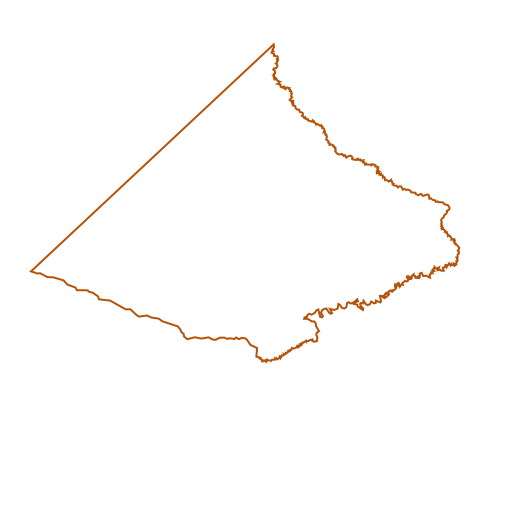 Puerto Gaitán, Meta, Colombia (Albers equal-area conic projection), rotated 227°
{"feature_id": "7082276B98813411003149", "entity_name": "Puerto Gaitán", "entity_type": "district", "adm_level": 2, "iso_a3": "COL", "parent_name": "Colombia", "parent_adm1": "Meta", "projection": "albers", "projection_center": [-71.987, 4.086], "detail": "fine", "context": "isolated", "style": "outline", "palette": "amber", "viewbox_px": 512, "rotation_deg": 227, "n_neighbors": 0, "source": "geoboundaries", "source_scale": "gbopen_adm2", "svg_char_len": 6159}
<svg xmlns="http://www.w3.org/2000/svg" viewBox="0 0 512 512"><g transform="rotate(227 256 256)"><path d="M137.2,327.0L139.7,328.7L138.9,331.2L137.6,330.8L136.8,331.5L137.6,332.9L136.7,334.0L137.0,336.9L138.1,337.5L138.8,336.7L140.4,338.5L137.9,339.4L139.4,340.8L139.1,342.0L135.4,340.3L136.0,343.1L134.8,343.8L136.3,344.6L136.3,347.9L134.7,348.6L134.2,349.9L134.8,351.4L137.2,351.6L138.1,352.8L137.1,353.8L134.2,352.9L133.4,353.9L133.5,354.8L135.1,355.3L135.1,358.7L134.2,357.8L132.7,358.8L131.4,357.7L128.6,360.2L128.9,361.2L130.5,360.3L130.0,362.5L131.4,363.9L130.7,365.7L127.3,364.6L125.7,366.9L121.5,368.5L124.0,370.3L123.6,371.7L124.5,372.9L123.0,373.6L125.1,375.0L123.6,376.1L125.6,376.7L125.4,377.9L126.3,379.1L123.8,379.1L122.9,382.0L121.7,379.3L120.3,381.3L118.9,381.5L117.2,383.2L119.9,384.6L119.1,386.7L120.2,388.4L119.4,389.1L117.9,388.0L118.9,392.2L116.3,391.8L116.8,393.7L115.7,393.3L113.4,394.5L113.3,395.3L114.5,394.6L115.4,395.6L113.3,396.1L113.3,397.0L114.2,397.3L114.7,399.1L115.6,399.0L115.5,400.7L118.1,401.6L117.4,402.3L119.6,404.6L119.4,405.9L120.4,407.1L122.4,407.3L122.4,408.8L123.6,410.3L127.7,410.4L128.3,409.8L128.9,410.5L130.1,409.9L130.6,410.6L132.4,410.8L132.9,411.6L132.1,412.1L133.2,412.5L134.7,410.2L134.9,410.9L137.8,411.5L139.5,410.8L139.6,410.0L140.3,410.5L139.9,411.2L142.5,410.8L143.1,411.9L144.8,410.6L145.2,411.5L148.4,411.4L148.9,410.1L149.7,410.5L149.5,411.9L151.5,411.7L151.4,412.9L153.2,413.3L153.5,414.6L155.6,415.5L156.6,417.2L156.3,419.3L157.5,421.8L157.1,423.6L157.8,425.7L158.9,426.4L158.2,428.6L158.9,430.2L160.1,430.7L162.2,431.0L165.4,429.1L167.7,429.3L170.9,426.2L172.0,426.1L173.1,424.4L174.6,425.0L176.3,423.6L179.0,423.1L179.6,421.9L182.6,423.8L183.9,423.6L186.1,419.1L188.8,419.1L189.9,416.1L192.1,415.1L193.6,415.7L196.7,412.9L198.4,413.5L201.0,412.4L201.9,410.9L203.9,410.3L204.4,408.6L207.7,409.6L209.2,408.4L209.4,406.5L211.6,406.7L213.6,404.9L215.1,404.8L215.2,405.7L215.9,405.2L217.8,406.4L218.8,405.7L219.6,406.5L219.8,403.9L222.3,403.5L223.4,402.1L225.6,403.7L227.0,403.4L226.9,402.4L228.7,403.6L229.8,402.7L230.9,403.6L231.3,401.9L231.8,402.4L233.0,402.0L233.2,402.9L234.1,400.8L235.4,401.9L234.9,403.5L235.9,403.3L236.1,404.6L237.1,404.3L237.7,406.0L240.1,404.3L240.9,405.4L243.8,403.7L243.6,402.2L244.5,402.4L247.2,399.5L248.5,399.6L248.4,398.1L250.9,399.0L251.5,398.2L252.7,400.0L254.2,397.7L255.4,398.1L255.8,396.9L257.5,397.1L258.1,395.9L257.5,395.2L260.7,392.6L261.6,392.5L262.2,393.8L264.4,393.8L265.4,393.1L266.5,389.1L268.6,389.9L269.2,388.7L269.7,389.2L270.7,388.2L272.1,388.5L273.4,386.0L275.7,385.1L278.8,385.5L279.3,386.8L280.9,387.1L281.1,388.0L283.5,387.2L283.9,388.0L286.0,387.4L287.1,385.5L288.3,386.7L289.7,386.2L290.4,387.3L293.3,386.8L295.2,389.6L296.9,389.6L297.1,390.1L297.7,389.5L300.2,391.3L300.5,390.3L301.3,392.0L302.9,392.5L304.5,391.7L305.2,392.9L306.0,392.3L307.2,392.9L307.6,391.7L310.6,391.0L311.0,389.6L312.6,390.2L314.2,389.5L315.0,390.1L315.3,389.4L316.6,389.9L316.4,388.3L319.6,386.5L320.7,387.3L321.9,386.0L323.9,386.7L323.9,385.4L326.3,385.8L327.1,385.2L327.8,387.2L329.0,387.7L331.6,386.3L333.6,387.4L335.2,385.9L337.1,385.8L338.9,387.0L340.5,386.0L341.6,386.9L341.5,386.0L343.7,386.9L343.1,387.7L344.1,389.1L345.5,387.4L347.2,387.1L347.4,390.7L349.1,390.7L350.1,392.8L351.0,392.7L351.4,393.6L352.7,394.1L353.5,393.2L354.5,394.3L355.6,394.0L355.9,395.0L358.5,393.2L357.9,391.4L360.0,390.8L359.7,391.6L360.8,392.1L362.1,389.6L363.1,389.4L364.6,390.8L367.0,389.3L366.4,390.9L368.0,391.5L367.7,392.1L369.8,391.1L371.8,391.9L372.6,389.9L373.8,390.5L373.2,391.0L374.4,391.2L374.2,391.7L376.0,391.8L375.6,392.2L377.0,393.5L376.6,394.6L378.3,396.0L380.5,395.7L381.0,397.2L379.7,398.5L379.9,400.6L381.0,401.8L382.9,401.8L382.5,402.4L383.6,403.1L383.5,404.3L384.4,404.5L384.4,405.9L385.8,405.7L385.6,406.7L387.2,407.9L390.2,405.7L390.8,406.3L391.0,405.7L390.9,406.7L391.7,407.0L394.1,406.0L394.8,407.9L394.1,408.5L395.7,408.9L396.5,411.7L398.7,413.2L398.2,81.0L392.2,84.2L390.7,86.3L382.7,89.1L378.7,93.2L369.5,98.6L363.7,98.6L356.0,102.5L353.1,101.7L345.7,109.5L344.1,109.4L340.3,111.6L334.3,112.9L331.3,111.7L322.9,118.9L305.9,124.3L302.7,127.8L294.1,128.4L291.3,129.3L286.8,135.7L282.4,137.5L276.4,142.2L272.1,143.0L257.9,150.8L253.4,150.5L251.3,149.5L248.4,149.9L246.2,148.5L242.0,149.0L238.3,155.8L232.7,159.9L228.9,165.8L224.3,167.5L222.3,169.3L220.9,173.9L217.9,177.1L214.9,178.5L213.7,180.7L209.9,183.8L209.9,185.9L206.8,186.8L205.8,189.8L203.1,191.9L200.9,192.3L194.8,191.3L187.9,194.0L182.2,187.7L178.6,189.8L178.5,188.8L176.7,189.4L174.9,188.8L175.1,189.9L173.7,190.0L173.5,191.7L172.5,191.4L172.7,192.8L171.8,192.1L172.0,193.4L169.0,195.6L169.4,196.9L167.4,198.9L168.2,200.2L167.4,200.2L167.3,201.2L166.0,200.9L165.5,203.3L166.0,204.1L164.9,204.1L166.0,205.3L164.9,205.6L165.7,207.3L164.9,207.6L164.5,209.5L165.2,209.7L164.3,210.2L164.2,211.6L164.9,211.9L163.8,213.1L164.2,214.5L163.6,215.3L164.7,215.3L163.3,217.8L164.3,219.4L162.5,220.5L161.4,223.6L161.9,224.4L161.2,224.4L161.9,225.3L161.2,225.9L160.4,225.5L160.4,227.1L161.7,227.7L161.0,229.6L160.2,229.3L161.0,230.9L160.4,231.0L159.9,234.7L159.1,234.4L159.4,235.2L158.3,235.9L157.4,239.0L156.2,239.2L156.4,240.2L154.1,239.6L152.2,242.4L154.7,245.5L157.2,246.3L158.4,247.9L158.0,250.8L164.0,252.2L165.8,253.6L168.3,254.0L169.9,252.3L175.1,250.8L177.1,248.4L178.0,249.5L176.9,252.0L177.7,253.1L177.5,255.5L175.2,256.6L174.3,260.2L175.0,263.2L174.4,265.1L167.7,261.4L166.1,262.4L166.4,264.1L168.4,264.1L170.3,265.2L171.2,267.2L171.0,269.1L169.7,271.6L164.4,270.8L162.7,271.3L162.4,272.7L166.9,274.0L163.1,276.5L161.9,279.9L164.7,283.5L163.0,284.1L159.2,283.5L157.3,284.9L157.0,287.0L159.6,290.9L158.9,292.3L157.0,292.6L156.3,293.6L155.4,295.9L155.3,300.5L153.3,299.7L154.7,296.3L154.3,294.9L151.3,296.8L149.5,296.0L143.6,297.4L144.4,298.6L148.0,298.5L149.9,299.4L150.1,300.6L148.4,301.8L149.9,304.1L146.0,303.5L143.9,304.1L143.1,306.3L144.1,309.3L140.9,310.0L140.0,311.5L141.6,313.3L137.3,315.2L137.6,316.5L142.3,319.5L141.9,320.2L137.5,321.2L137.3,323.1L138.8,321.9L140.1,322.0L139.5,323.3L140.4,325.4L140.0,326.4L137.1,325.2L137.2,327.0Z" fill="none" stroke="#b45309" stroke-width="2"/></g></svg>